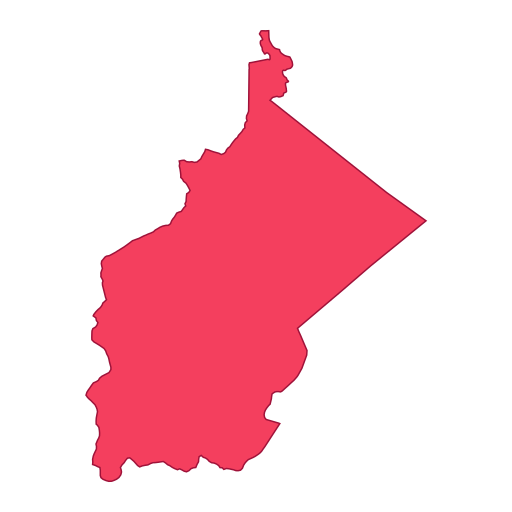 outline of Su-Ngai Padi, Narathiwat, Thailand
{"feature_id": "78962969B52628429870613", "entity_name": "Su-Ngai Padi", "entity_type": "district", "adm_level": 2, "iso_a3": "THA", "parent_name": "Thailand", "parent_adm1": "Narathiwat", "projection": "mercator", "projection_center": [101.895, 6.128], "detail": "fine", "context": "isolated", "style": "filled", "palette": "rose", "viewbox_px": 512, "rotation_deg": 0, "n_neighbors": 0, "source": "geoboundaries", "source_scale": "gbopen_adm2", "svg_char_len": 5807}
<svg xmlns="http://www.w3.org/2000/svg" viewBox="0 0 512 512"><path d="M93.2,315.9L95.9,317.9L96.4,320.6L97.9,322.5L97.0,325.1L95.6,327.0L92.9,328.6L92.0,330.9L91.9,333.3L91.8,337.3L91.9,339.8L93.9,341.9L96.6,343.5L99.7,345.4L104.1,348.5L105.7,350.9L106.7,353.8L108.2,356.6L108.9,359.0L109.5,362.0L110.3,365.0L110.9,367.2L110.9,369.6L109.0,372.6L103.7,375.3L101.8,376.3L99.6,378.2L98.4,380.3L96.4,381.6L93.4,382.9L91.6,385.3L90.0,387.7L88.4,389.9L86.9,392.3L86.0,395.2L86.7,396.1L87.4,397.2L89.1,399.0L91.0,400.6L93.0,402.7L95.0,404.7L96.3,407.2L97.1,409.4L97.5,411.7L96.9,414.8L96.3,418.0L96.1,421.1L96.2,424.2L97.3,425.1L98.9,427.4L99.4,430.6L99.6,433.1L99.5,435.9L98.7,438.1L97.6,440.1L96.0,444.0L96.5,446.5L96.4,449.1L94.2,453.7L93.3,456.0L92.6,459.4L92.8,462.1L92.6,464.5L95.5,465.5L97.8,466.7L99.9,467.5L100.3,470.2L100.3,475.6L101.0,477.7L103.0,479.3L106.1,480.6L108.8,481.3L111.7,481.2L114.2,480.3L116.6,479.2L118.9,477.5L120.8,474.8L121.5,472.0L121.1,469.7L120.4,467.5L122.0,464.9L124.2,462.6L125.5,460.5L127.4,458.2L129.7,457.8L131.6,459.3L133.9,461.3L137.6,465.5L139.7,466.9L142.2,465.9L145.1,465.3L147.9,464.9L150.8,463.4L153.0,462.7L155.4,462.6L158.5,462.2L161.1,461.8L163.3,461.5L165.5,462.9L167.6,464.7L169.9,465.7L172.2,467.3L174.7,468.6L177.5,469.7L179.6,468.8L182.1,470.0L184.2,471.2L186.5,471.8L188.9,470.7L191.0,468.7L193.3,467.8L195.8,467.5L197.0,464.5L198.5,461.8L198.7,459.0L199.1,456.7L201.2,455.4L203.3,457.3L205.5,458.0L207.5,459.4L209.2,461.3L211.5,462.7L214.2,463.1L216.6,464.1L218.7,465.6L220.0,467.6L222.3,467.8L223.8,469.4L226.3,468.5L229.2,468.8L231.3,469.3L233.7,469.8L235.8,470.6L238.1,470.7L240.5,470.2L242.4,468.3L243.7,465.0L245.1,462.9L246.6,461.2L248.3,459.6L250.8,458.5L253.0,457.5L254.9,456.5L257.8,454.6L259.7,453.2L261.5,451.4L263.2,448.9L264.8,446.7L279.8,423.6L278.6,423.1L266.2,419.5L264.6,417.5L264.1,414.8L264.5,412.3L265.4,410.1L266.8,407.9L268.7,405.5L270.1,404.2L271.4,398.7L271.5,397.4L272.0,394.0L273.0,393.2L274.8,392.0L276.7,391.6L278.6,391.6L280.4,391.9L281.6,391.4L282.5,390.7L285.0,388.4L287.9,385.8L290.9,383.0L293.9,380.3L296.8,377.0L298.0,375.3L301.9,368.3L306.7,355.1L307.0,350.5L304.2,344.0L300.9,336.2L298.9,331.8L297.5,328.3L341.6,290.9L370.6,265.9L426.0,220.8L386.7,192.6L271.8,101.5L270.0,100.3L271.8,98.3L272.5,97.6L272.8,97.4L275.7,96.6L276.7,96.4L277.3,96.4L277.7,96.6L278.3,96.8L278.6,96.9L279.3,96.9L280.0,96.8L280.4,96.7L280.9,96.6L281.9,96.1L282.6,95.9L282.9,95.8L283.1,95.5L283.3,94.9L283.4,94.6L283.6,93.5L283.8,93.2L284.1,92.9L285.6,92.3L286.1,92.0L286.4,91.6L286.5,91.3L286.5,90.9L286.4,90.4L286.3,89.5L286.3,88.7L286.2,88.3L286.0,87.4L285.8,86.4L285.6,85.6L285.5,84.2L285.5,83.4L285.7,83.1L285.9,82.7L286.1,82.6L287.0,82.2L287.9,82.0L288.2,81.8L288.4,81.6L288.4,81.2L288.2,81.0L287.5,80.3L287.2,80.0L287.0,79.8L286.4,78.1L286.1,77.7L285.8,77.5L285.6,77.3L285.3,77.1L284.8,76.9L284.6,76.8L284.3,76.5L283.3,75.1L283.0,74.4L282.8,74.1L282.7,73.6L282.6,73.2L282.5,72.0L282.5,71.6L282.6,71.2L282.7,70.8L282.9,70.6L283.1,70.4L283.4,70.3L283.8,70.2L284.0,70.3L284.7,70.5L284.9,70.5L285.2,70.4L285.4,70.4L285.7,70.2L286.5,69.5L286.7,69.3L287.0,69.2L287.5,69.0L287.9,68.9L290.0,68.4L290.5,68.2L290.9,67.8L291.2,67.6L291.8,66.9L292.1,66.5L292.4,65.7L292.5,65.5L292.6,64.8L292.5,64.0L292.3,62.6L292.1,61.7L291.6,60.5L290.1,57.5L289.9,57.1L289.6,56.9L288.8,56.8L288.1,56.5L287.3,56.4L286.7,56.2L285.1,55.7L284.7,55.5L284.0,55.1L282.1,53.8L281.5,53.3L281.1,53.0L280.9,52.7L280.6,52.4L280.4,52.0L279.7,50.6L279.6,50.1L279.5,49.6L276.1,48.7L275.8,48.6L274.5,47.9L274.2,47.6L273.7,47.2L272.8,46.3L272.3,45.7L271.7,44.7L270.1,41.8L269.6,40.8L269.3,39.9L269.2,39.1L269.0,38.0L268.9,37.2L268.7,30.7L265.3,30.9L264.2,30.8L263.6,30.8L261.8,30.8L261.4,30.9L261.1,31.0L260.9,31.2L260.2,32.5L259.7,33.4L259.5,33.7L259.5,33.9L259.6,34.2L259.7,34.3L259.9,34.7L260.9,35.9L261.4,36.9L262.4,38.7L262.6,39.1L262.6,39.3L262.6,39.7L262.4,39.9L262.2,40.0L261.1,40.5L260.7,40.9L260.6,41.0L260.4,41.5L260.3,42.2L260.3,43.4L260.4,43.8L260.5,44.2L260.8,45.1L261.2,46.0L261.7,46.8L261.9,47.3L262.1,47.6L262.2,48.0L262.2,48.3L262.3,49.8L262.5,50.5L262.8,51.1L263.7,52.4L264.4,53.7L264.5,53.9L264.9,54.0L265.0,54.0L266.2,53.1L266.4,52.9L266.7,52.9L267.0,52.9L267.6,53.0L268.0,53.2L268.4,53.5L268.9,54.0L269.4,54.7L269.7,55.1L269.9,55.5L270.0,55.9L270.0,56.7L270.1,58.5L270.0,59.0L269.8,59.5L269.6,59.7L267.8,59.3L251.6,62.5L249.5,62.8L249.0,64.6L249.3,68.9L249.1,69.2L248.6,111.3L247.7,113.7L246.6,115.9L246.4,118.5L247.1,120.8L245.3,122.7L244.7,125.0L244.9,127.9L243.2,129.4L242.0,131.5L240.3,133.4L238.5,135.3L237.5,137.4L235.6,138.9L234.1,140.7L232.6,142.6L231.2,144.6L229.9,146.7L227.9,148.1L226.5,149.9L225.5,152.2L223.8,153.6L221.2,154.5L219.0,153.3L213.5,151.8L210.6,150.8L208.1,149.8L205.5,149.3L204.8,151.6L201.9,156.5L200.8,158.9L198.8,160.5L197.0,162.0L194.3,162.4L191.9,161.7L189.4,162.0L186.6,161.7L184.2,160.2L181.9,160.4L179.2,161.0L179.7,163.4L179.3,166.0L180.0,168.9L180.5,172.3L180.8,175.1L180.8,177.5L182.5,179.2L183.6,181.3L186.0,183.2L187.5,185.5L188.8,187.9L190.1,190.5L188.7,192.5L186.7,193.8L186.4,196.6L186.2,199.0L186.1,201.5L185.0,203.7L185.7,206.0L184.0,207.6L182.7,209.4L181.3,211.4L178.7,212.2L176.7,213.1L175.6,215.1L174.3,217.2L172.8,219.0L171.6,220.9L170.5,223.7L168.4,225.3L165.7,225.4L162.7,226.1L159.9,227.3L158.0,228.5L155.2,230.1L153.5,231.8L150.7,233.1L148.0,234.1L145.9,235.1L143.8,235.9L139.1,238.3L132.5,240.7L129.4,243.1L124.0,247.0L114.8,252.7L111.5,254.5L109.4,255.6L106.4,256.2L105.0,257.1L101.7,261.1L101.3,263.7L101.8,266.2L102.4,268.5L101.7,270.4L100.9,272.9L101.0,275.1L100.9,276.7L102.5,279.6L103.0,281.1L102.4,282.7L102.5,285.1L105.6,297.5L106.5,299.7L104.3,301.8L102.8,303.1L102.3,304.7L101.2,306.5L100.0,307.9L98.1,309.5L95.7,312.0L93.8,314.5L93.2,315.9Z" fill="#f43f5e" stroke="#9f1239" stroke-width="1.5"/></svg>